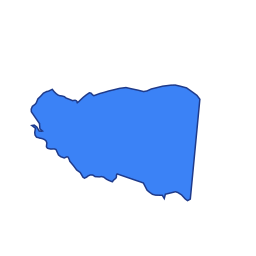 the district of Natividad, Oaxaca, Mexico, rotated 34°
{"feature_id": "50627088B30412842807329", "entity_name": "Natividad", "entity_type": "district", "adm_level": 2, "iso_a3": "MEX", "parent_name": "Mexico", "parent_adm1": "Oaxaca", "projection": "orthographic", "projection_center": [-96.43, 17.303], "detail": "fine", "context": "isolated", "style": "filled", "palette": "blue", "viewbox_px": 256, "rotation_deg": 34, "n_neighbors": 0, "source": "geoboundaries", "source_scale": "gbopen_adm2", "svg_char_len": 2092}
<svg xmlns="http://www.w3.org/2000/svg" viewBox="0 0 256 256"><g transform="rotate(34 128 128)"><path d="M219.4,152.1L171.5,64.0L166.9,62.4L162.5,62.2L158.5,62.1L154.1,62.0L147.5,64.3L143.1,66.0L139.5,68.6L133.4,73.9L125.5,82.6L123.0,86.7L120.5,89.1L115.0,91.1L109.1,93.5L103.7,95.6L98.9,99.8L95.0,104.1L91.3,108.1L88.2,111.9L85.4,115.1L81.7,120.2L81.3,120.4L79.6,120.2L77.8,119.8L76.3,120.4L74.9,123.9L73.8,127.4L73.1,130.4L72.4,133.8L71.8,135.5L71.7,135.5L71.3,134.8L71.2,134.7L70.7,134.5L69.9,134.3L68.6,134.6L67.5,135.6L66.8,136.3L63.8,136.9L59.9,137.8L57.8,137.6L57.7,137.6L55.3,138.4L53.1,139.5L51.5,139.8L51.3,139.8L51.1,139.8L49.2,139.7L46.4,139.2L43.6,138.3L41.5,141.9L40.3,143.2L40.2,143.2L38.4,146.4L38.4,146.5L37.8,150.6L37.0,154.2L37.9,158.5L37.8,160.0L37.4,161.3L36.6,163.5L37.2,166.4L37.2,166.5L37.3,166.6L38.8,168.6L52.5,174.0L52.6,174.3L52.7,174.6L52.9,174.9L53.6,175.6L54.8,177.2L55.7,178.0L57.2,178.1L58.8,178.3L58.1,179.1L57.5,179.3L56.1,180.2L51.9,178.2L48.7,178.0L46.9,179.7L51.4,180.0L52.9,183.2L53.2,183.9L54.9,185.8L56.6,186.5L57.1,186.7L57.7,186.7L58.8,186.2L60.7,185.7L61.4,185.3L63.1,184.7L65.3,184.3L65.5,184.3L67.5,184.6L68.8,185.6L69.1,185.8L70.0,187.6L70.9,189.2L72.5,189.8L73.6,189.5L75.1,188.9L75.4,188.8L75.8,188.6L78.5,186.6L80.2,186.1L80.4,186.1L80.5,186.2L85.4,189.2L88.3,189.4L91.9,188.5L93.4,186.1L93.5,186.0L93.7,185.9L94.6,185.7L94.8,185.7L97.1,187.1L98.3,188.1L104.1,189.8L108.9,191.5L113.2,191.6L113.3,191.6L118.2,194.0L120.0,193.9L120.9,192.2L121.0,192.2L121.4,191.2L121.8,189.8L123.1,187.9L125.1,186.7L127.9,186.7L131.8,184.4L133.0,183.2L135.3,182.3L137.0,182.4L138.8,182.5L140.1,182.3L141.2,182.2L143.0,181.8L144.2,181.6L145.2,181.2L145.1,180.2L145.2,179.3L145.7,177.6L146.0,176.2L145.9,175.5L145.5,174.6L145.0,174.0L144.7,173.1L144.6,172.5L144.8,172.1L164.3,166.9L168.6,165.7L171.5,165.0L177.3,168.2L178.6,168.9L181.3,169.2L185.3,169.3L188.3,168.3L194.1,164.6L194.7,164.9L197.5,166.2L196.0,162.0L199.0,158.7L203.0,154.3L205.4,153.6L209.8,153.5L215.1,154.8L218.0,154.9L219.4,152.1Z" fill="#3b82f6" stroke="#1e3a8a" stroke-width="1.5"/></g></svg>